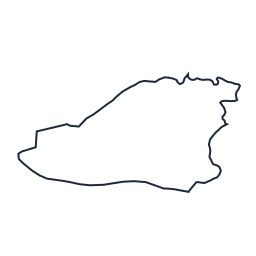 Daro, Sarawak, Malaysia, rotated 278°
{"feature_id": "92858781B64296283519727", "entity_name": "Daro", "entity_type": "district", "adm_level": 2, "iso_a3": "MYS", "parent_name": "Malaysia", "parent_adm1": "Sarawak", "projection": "natural_earth1", "projection_center": [111.483, 2.563], "detail": "fine", "context": "isolated", "style": "outline", "palette": "slate", "viewbox_px": 256, "rotation_deg": 278, "n_neighbors": 0, "source": "geoboundaries", "source_scale": "gbopen_adm2", "svg_char_len": 1625}
<svg xmlns="http://www.w3.org/2000/svg" viewBox="0 0 256 256"><g transform="rotate(278 128 128)"><path d="M178.8,230.5L181.8,232.0L185.4,233.0L186.6,231.5L186.6,227.9L187.5,224.0L187.5,220.6L188.4,217.7L189.7,214.7L190.4,211.8L190.4,209.9L189.0,209.0L187.2,210.5L185.9,211.0L184.2,210.8L183.1,209.3L183.0,207.1L186.3,204.9L187.2,202.1L187.0,199.6L186.4,197.0L186.0,194.3L186.4,191.7L186.9,189.8L186.3,188.6L185.0,187.0L184.7,185.5L184.7,183.9L185.4,182.1L187.0,180.3L189.6,180.0L184.8,177.0L182.4,176.7L180.9,176.3L179.9,175.3L179.0,173.9L178.8,172.8L180.8,170.2L182.2,169.6L183.3,165.2L183.5,161.1L183.3,157.3L180.4,152.0L177.5,148.7L177.1,142.6L176.9,137.5L175.1,133.0L171.6,128.9L168.8,124.6L163.3,117.5L157.6,112.4L152.9,108.8L149.4,104.8L141.5,96.9L136.5,91.8L131.6,85.5L122.6,79.1L122.2,70.2L123.3,67.1L111.9,38.1L96.1,39.3L90.0,26.2L87.2,23.0L82.1,24.2L78.3,29.4L74.9,34.9L72.1,39.7L68.7,47.2L66.6,54.8L66.6,71.4L66.3,78.6L65.6,88.1L66.0,98.4L68.4,111.9L71.1,120.6L74.2,130.9L76.2,141.6L76.9,153.1L73.0,172.1L73.4,174.0L73.8,181.8L73.2,197.0L74.2,197.2L80.1,200.9L83.7,203.1L84.1,204.5L84.1,208.1L84.1,211.3L88.0,217.7L89.6,219.5L91.5,223.1L94.7,225.0L98.6,225.9L102.1,224.0L103.3,221.3L104.1,217.2L110.8,212.7L113.9,212.7L117.1,212.7L121.0,211.3L123.0,210.4L128.1,210.9L132.0,213.1L135.6,215.4L138.3,217.7L141.9,220.4L145.5,225.4L145.8,223.9L147.5,223.1L148.8,222.6L150.3,220.3L152.4,220.0L154.5,221.6L157.2,222.3L161.4,220.3L164.4,217.4L165.9,215.8L167.5,217.1L168.3,219.3L168.7,222.6L169.0,226.8L169.7,230.2L171.0,232.2L172.7,231.2L176.3,230.2L178.8,230.5Z" fill="none" stroke="#1e293b" stroke-width="2"/></g></svg>